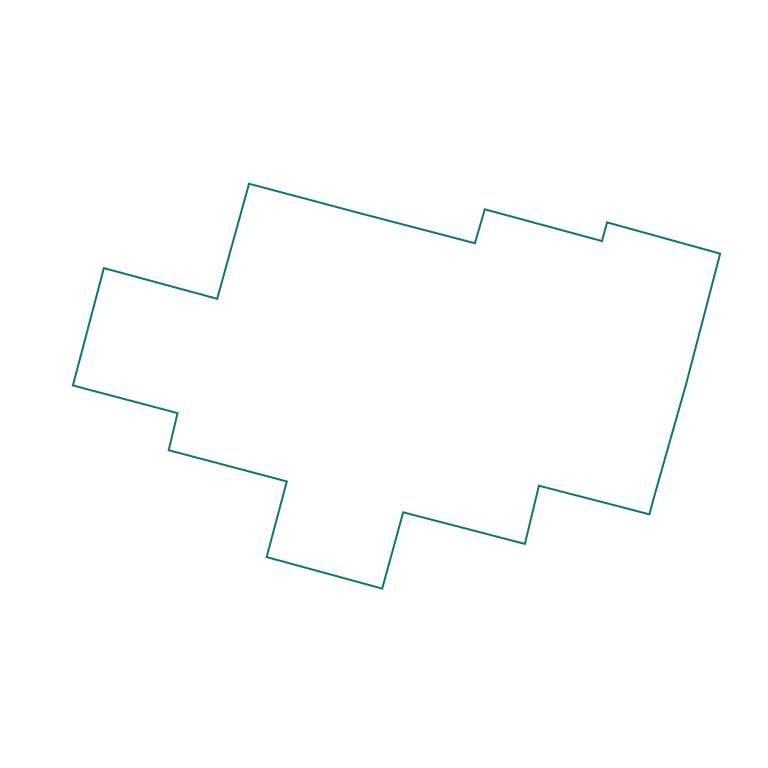 Hocking, Ohio, United States of America, rotated 191°
{"feature_id": "52423323B99959311448402", "entity_name": "Hocking", "entity_type": "district", "adm_level": 2, "iso_a3": "USA", "parent_name": "United States of America", "parent_adm1": "Ohio", "projection": "albers", "projection_center": [-82.49, 39.512], "detail": "fine", "context": "isolated", "style": "outline", "palette": "teal", "viewbox_px": 768, "rotation_deg": 191, "n_neighbors": 0, "source": "geoboundaries", "source_scale": "gbopen_adm2", "svg_char_len": 425}
<svg xmlns="http://www.w3.org/2000/svg" viewBox="0 0 768 768"><g transform="rotate(191 384 384)"><path d="M97.2,326.3L87.4,441.8L78.9,576.1L195.9,585.2L197.3,565.9L318.4,574.7L321.6,539.5L438.0,546.9L554.7,554.8L564.0,435.8L681.1,444.3L689.1,323.2L581.1,316.0L582.7,277.9L460.8,269.8L466.2,191.7L346.7,182.8L340.7,261.7L215.2,253.9L212.5,313.7L98.6,306.7L97.2,326.3Z" fill="none" stroke="#0f766e" stroke-width="2"/></g></svg>